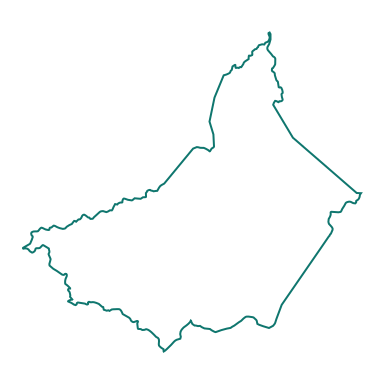 the district of Santa Cruz, Lempira, Honduras
{"feature_id": "27666195B84616155619024", "entity_name": "Santa Cruz", "entity_type": "district", "adm_level": 2, "iso_a3": "HND", "parent_name": "Honduras", "parent_adm1": "Lempira", "projection": "robinson", "projection_center": [-88.56, 14.362], "detail": "fine", "context": "isolated", "style": "outline", "palette": "teal", "viewbox_px": 384, "rotation_deg": 0, "n_neighbors": 0, "source": "geoboundaries", "source_scale": "gbopen_adm2", "svg_char_len": 5850}
<svg xmlns="http://www.w3.org/2000/svg" viewBox="0 0 384 384"><path d="M269.6,32.5L268.6,33.0L268.5,33.4L268.6,34.3L269.6,36.7L269.7,37.6L269.3,39.3L268.4,41.2L267.0,42.1L265.4,42.7L264.3,44.5L262.1,44.3L259.0,45.2L258.3,46.2L258.0,47.2L257.4,47.5L256.5,48.9L254.7,49.4L254.3,49.9L252.7,51.1L252.3,51.6L252.2,52.0L252.3,53.9L252.3,54.7L252.1,55.1L250.4,55.8L249.1,55.6L248.9,55.8L248.7,56.8L248.6,59.1L245.2,61.3L244.2,62.2L243.8,62.7L243.3,64.1L241.3,67.1L241.1,67.2L240.5,67.0L240.2,67.0L238.8,68.0L238.0,67.7L235.9,67.9L235.6,67.6L235.3,65.0L235.1,64.9L234.7,65.0L233.6,65.7L232.5,66.5L231.8,69.8L230.7,70.9L230.1,72.3L229.7,72.9L228.5,73.6L226.5,74.5L223.7,75.3L214.5,97.6L209.5,121.6L213.4,134.4L214.0,146.4L213.6,147.3L211.6,148.6L210.0,151.2L209.6,151.3L208.2,150.1L205.5,148.6L203.8,147.9L200.2,147.8L198.4,147.3L196.8,147.1L193.1,148.6L164.2,183.6L161.3,185.2L160.0,186.3L158.9,187.9L157.3,190.8L155.4,191.0L153.6,191.3L152.7,190.9L150.9,190.5L150.3,190.0L149.9,189.9L148.8,190.1L147.7,190.6L147.2,191.0L146.7,192.1L145.9,193.1L146.0,196.3L146.0,196.8L145.7,197.1L144.9,197.2L142.9,197.3L141.0,198.6L140.5,198.8L134.6,198.3L132.5,200.1L131.8,200.4L127.9,199.8L125.1,198.8L124.3,198.6L123.7,198.6L123.2,199.0L122.8,199.7L122.4,201.0L122.4,202.1L122.2,202.4L121.6,202.5L120.4,202.5L119.2,202.9L117.9,203.7L117.3,204.5L115.1,204.1L113.6,206.9L112.4,209.7L111.8,210.4L110.0,210.3L107.8,211.6L106.3,212.1L103.0,211.1L101.8,211.2L100.5,211.5L99.5,212.2L97.0,214.5L93.9,217.3L93.0,218.5L92.4,218.8L90.4,218.9L89.3,217.6L88.6,217.6L87.9,217.3L86.2,215.9L85.2,215.2L84.2,214.7L83.4,214.8L82.9,215.1L82.2,215.8L81.2,218.0L80.1,219.2L79.6,219.4L78.9,219.4L78.4,219.5L76.1,221.7L75.3,221.1L74.2,220.9L73.2,222.1L71.8,224.0L69.5,225.0L66.8,226.7L65.3,228.3L64.6,228.6L62.9,228.9L59.6,228.1L57.3,227.2L55.1,226.0L53.9,225.6L53.4,225.8L51.4,227.5L50.4,227.6L49.9,227.8L49.5,228.4L49.4,229.6L48.8,230.0L47.6,229.9L45.7,229.5L44.8,229.1L42.6,228.0L41.6,227.7L41.1,227.8L40.0,228.7L38.5,230.6L37.9,231.2L36.9,231.4L35.0,231.4L33.5,231.5L32.4,231.9L31.6,232.4L31.2,233.3L31.3,234.3L31.7,235.4L32.6,236.3L32.7,237.1L31.8,239.8L30.2,243.5L29.7,244.0L23.1,247.8L23.0,248.2L23.1,248.5L23.6,248.7L24.5,248.4L25.3,248.4L26.6,248.5L27.4,248.8L28.5,249.5L29.3,250.6L30.2,251.5L32.1,252.6L33.1,252.3L34.5,251.3L35.2,250.1L35.5,248.9L35.8,248.5L36.6,248.2L38.6,248.2L39.6,248.0L40.1,247.7L42.2,245.5L42.9,245.1L43.3,245.2L43.7,245.4L48.8,248.5L48.9,248.8L48.9,249.6L49.3,250.7L49.4,251.7L49.3,252.5L48.7,253.6L48.6,254.2L49.0,255.3L50.1,257.8L50.6,259.1L50.2,261.0L49.4,263.8L49.4,264.9L49.6,265.6L53.3,268.8L56.8,270.9L62.1,274.6L62.9,274.8L63.8,274.9L64.2,274.7L64.9,274.0L65.6,273.8L66.3,274.0L66.7,274.5L66.8,275.3L66.7,276.3L65.6,278.8L65.2,280.6L65.1,282.3L65.2,283.6L65.5,284.1L66.7,284.9L68.3,286.3L70.1,288.2L70.1,288.5L69.2,288.5L68.4,289.0L68.1,289.5L68.1,290.1L68.3,290.6L69.3,291.6L69.7,292.5L70.3,295.2L70.1,296.5L70.1,296.9L72.3,299.5L72.1,299.7L71.1,299.7L69.3,300.4L68.3,301.0L68.1,301.3L68.2,301.5L71.4,302.9L74.0,304.6L75.5,305.1L76.0,304.9L76.5,304.5L76.7,304.1L76.7,303.5L76.9,303.1L77.9,302.5L84.9,303.6L86.5,304.4L87.2,304.5L87.6,304.4L88.1,304.0L88.2,303.6L88.0,302.9L88.0,302.6L88.3,302.2L88.8,301.9L89.4,301.9L90.8,302.3L92.9,302.1L94.3,302.3L96.3,302.9L98.8,303.9L102.1,306.8L103.2,307.1L103.7,309.4L103.8,309.7L106.8,310.7L108.3,310.3L109.5,310.9L111.7,309.5L113.1,309.3L117.7,309.1L119.2,309.2L119.7,309.4L120.4,309.9L121.2,310.9L122.1,312.6L122.5,313.7L122.8,314.1L129.1,317.7L130.2,318.8L131.0,320.6L132.1,321.6L132.9,322.0L133.8,322.1L136.9,321.0L137.4,321.0L137.8,321.2L138.0,321.7L137.3,323.4L137.3,324.0L137.8,328.2L138.2,328.9L140.8,329.1L141.9,329.8L142.7,330.0L144.6,329.8L146.1,329.2L147.0,329.4L148.3,329.9L149.4,330.6L151.3,332.1L153.8,334.5L156.1,336.9L157.4,337.6L158.0,338.0L158.6,338.8L158.9,339.6L159.0,341.3L158.8,344.2L159.0,345.5L159.7,346.4L161.3,347.8L163.5,349.2L163.6,351.3L163.7,351.5L165.1,350.6L166.9,349.0L171.1,344.9L174.0,341.7L175.1,340.7L176.6,339.8L180.3,338.7L180.8,336.8L180.2,334.1L180.6,331.6L181.7,329.6L183.6,327.5L186.6,325.3L188.5,323.7L190.1,322.0L190.8,320.6L191.1,320.9L191.3,321.8L192.4,324.0L194.5,325.5L195.7,325.5L198.0,326.1L200.0,325.9L201.9,327.2L204.4,328.4L209.9,329.0L211.7,330.3L213.7,331.4L214.8,331.9L215.7,332.1L221.4,330.1L226.9,328.6L230.6,327.9L232.1,326.8L234.3,325.6L238.8,322.3L241.2,320.8L243.4,318.6L245.2,317.2L245.9,316.8L246.8,316.6L248.7,316.6L252.7,317.2L253.6,317.5L256.2,319.9L256.7,320.7L257.4,323.9L259.2,324.8L263.1,326.2L269.0,328.0L273.1,325.8L274.7,323.8L275.2,322.8L276.4,319.0L281.7,304.8L320.2,249.0L328.9,236.3L329.5,235.8L330.0,234.5L330.9,233.7L332.5,230.0L332.6,229.3L332.6,228.6L332.2,227.7L331.6,226.8L329.0,223.9L328.6,222.8L328.4,221.7L328.7,219.0L330.0,216.7L330.5,215.3L330.7,214.2L330.6,212.7L330.8,212.1L331.5,211.8L338.5,212.3L340.6,211.9L341.3,211.0L342.2,209.0L344.2,205.9L345.7,203.1L346.2,202.6L347.2,202.1L348.8,201.7L350.0,201.7L350.8,201.9L353.2,203.1L355.2,203.4L355.8,202.8L356.1,202.4L356.2,201.9L356.1,201.2L356.3,200.8L358.1,199.6L358.9,198.6L359.6,196.9L359.8,195.5L360.0,194.7L360.5,193.9L361.0,193.2L356.7,193.0L292.9,137.7L273.2,104.8L273.9,102.8L275.1,100.9L275.5,100.9L276.6,101.2L278.4,102.2L278.7,102.1L279.0,101.6L279.3,101.3L279.8,101.2L280.6,101.3L281.1,101.2L281.8,100.9L282.4,100.3L282.6,99.8L282.6,99.3L281.9,97.0L281.5,94.4L281.7,93.8L282.6,93.0L282.7,92.1L282.2,89.8L281.3,87.8L280.9,87.5L280.5,87.3L279.3,87.5L278.7,87.1L277.9,81.9L277.6,81.4L276.7,80.6L276.3,79.9L274.9,75.3L274.7,73.3L274.3,72.7L273.0,71.6L272.3,71.3L271.9,70.4L271.9,69.6L272.1,68.5L272.5,68.2L273.0,68.0L274.4,65.8L275.1,64.5L275.2,63.8L275.3,58.8L275.1,58.2L274.8,57.7L274.0,56.9L273.0,56.4L271.2,54.0L267.9,50.2L267.4,49.1L267.3,48.1L267.5,47.0L269.2,44.0L270.5,39.5L270.5,34.1L269.6,32.5Z" fill="none" stroke="#0f766e" stroke-width="2"/></svg>